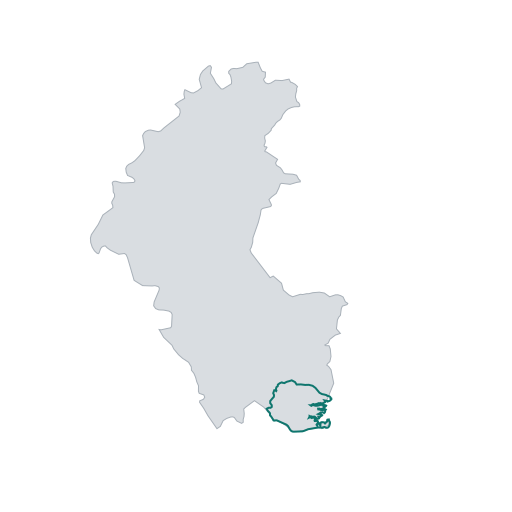 Boke highlighted on a map of Guinea, rotated 233°
{"feature_id": "GIN-5629", "entity_name": "Boke", "entity_type": "Prefecture", "adm_level": 1, "iso_a3": "GIN", "parent_name": "Guinea", "parent_adm1": "", "projection": "mercator", "projection_center": [-14.564, 11.071], "detail": "fine", "context": "in_parent", "style": "outline", "palette": "teal", "viewbox_px": 512, "rotation_deg": 233, "n_neighbors": 0, "source": "natural_earth", "source_scale": "10m", "svg_char_len": 7009}
<svg xmlns="http://www.w3.org/2000/svg" viewBox="0 0 512 512"><g transform="rotate(233 256 256)"><path d="M309.5,328.6L305.8,328.1L304.1,328.8L299.1,334.7L296.1,337.0L291.5,336.3L289.8,336.7L288.6,336.0L290.3,332.8L292.7,326.4L298.8,320.0L298.9,318.7L296.4,314.9L293.8,309.8L293.8,304.3L293.3,300.3L287.9,299.2L286.9,298.5L286.8,297.2L289.8,290.4L290.0,289.0L289.7,287.7L286.3,284.2L281.2,277.7L272.3,264.4L268.9,261.6L265.8,257.5L264.6,254.9L261.2,254.0L230.2,254.2L229.6,257.7L218.9,260.0L212.3,257.3L205.0,258.9L201.4,260.7L198.7,268.4L197.1,270.1L195.5,273.6L194.1,275.5L192.5,279.3L189.0,284.8L185.3,288.3L179.1,290.3L177.2,296.0L175.7,298.1L173.3,299.8L170.8,300.9L165.7,299.8L162.9,300.8L162.4,299.4L164.0,294.8L162.7,292.5L157.8,287.7L157.4,285.4L155.9,282.5L149.4,276.4L143.4,276.8L145.1,271.7L145.0,264.9L143.0,261.2L143.5,257.4L142.4,257.7L140.4,260.3L137.1,259.4L130.6,255.4L127.3,251.5L126.9,248.1L126.2,246.8L124.2,247.5L120.1,247.5L107.6,241.5L98.7,226.6L98.5,223.2L99.8,217.4L99.5,215.9L95.4,219.7L94.6,217.1L91.5,211.1L90.6,207.7L87.6,206.1L85.2,205.9L83.3,207.0L80.9,214.0L79.0,214.0L77.2,212.5L77.6,207.2L82.4,200.7L90.4,184.1L93.3,180.3L95.1,179.0L98.9,178.9L106.3,176.6L115.4,171.5L122.4,171.9L130.7,171.2L141.4,167.7L141.5,156.5L141.2,154.1L137.3,151.8L135.1,149.9L133.2,147.4L130.9,145.7L131.0,143.8L135.7,141.4L140.1,141.5L141.5,140.6L142.6,139.0L143.9,134.9L144.3,130.7L141.4,125.0L141.6,120.9L157.3,121.5L166.0,122.6L173.1,122.9L174.2,123.9L173.2,127.8L174.1,130.1L176.5,130.7L180.5,128.0L182.6,128.6L187.0,132.0L191.1,133.0L195.6,134.8L199.8,135.8L203.6,135.7L206.4,137.6L211.7,138.2L218.4,135.8L223.8,134.7L231.3,134.4L235.2,135.2L246.6,133.3L255.6,134.4L254.2,135.7L250.1,144.6L250.6,146.2L259.7,153.8L261.9,154.3L264.4,153.3L268.3,149.8L271.4,146.0L274.4,144.2L277.8,144.3L280.6,147.0L287.1,158.2L288.7,159.6L290.3,159.6L293.1,157.5L294.6,155.0L300.6,147.6L309.9,144.0L332.0,152.4L335.3,153.1L337.2,152.4L340.0,147.4L348.3,143.2L352.3,142.0L354.6,141.8L355.5,140.5L355.9,138.4L355.4,136.3L352.9,132.5L352.8,131.4L354.2,130.6L357.4,130.1L361.5,130.5L366.2,132.1L369.9,134.5L372.1,137.3L376.2,149.1L380.9,158.4L380.7,170.8L382.8,172.1L385.0,172.6L386.1,173.6L388.4,178.7L390.5,180.2L393.0,180.5L397.8,183.8L400.9,185.1L401.3,186.1L401.2,187.4L400.0,189.1L395.4,192.6L393.1,195.5L388.4,202.5L388.3,203.8L389.3,204.8L391.2,204.9L393.3,204.4L397.6,201.9L401.1,202.8L404.3,204.7L405.5,206.8L405.8,209.4L405.1,212.9L405.0,216.7L406.1,223.3L407.8,229.8L409.5,232.2L420.4,237.9L421.5,240.1L422.0,242.5L421.2,245.8L420.1,247.6L414.1,252.7L413.2,255.2L413.7,259.7L414.1,278.8L416.4,282.0L419.3,283.6L425.8,282.7L425.6,288.0L424.8,293.9L428.6,295.8L430.5,297.6L431.6,299.3L425.5,302.4L423.8,304.2L423.0,309.2L423.2,313.8L431.3,317.0L434.4,320.9L435.8,324.8L436.3,332.3L435.6,334.0L433.5,334.0L429.4,329.5L423.0,329.0L418.4,328.1L410.5,328.7L409.2,330.1L408.3,340.0L410.2,341.7L413.9,343.6L416.4,344.4L418.4,344.2L419.9,345.4L420.3,348.7L419.2,351.1L417.2,353.3L414.6,359.0L415.1,364.3L410.7,372.7L409.5,374.3L403.6,372.7L399.8,372.1L397.1,374.2L393.3,371.0L392.6,368.4L391.2,367.9L388.6,367.8L386.2,369.3L385.2,371.9L384.7,377.3L380.4,382.4L377.4,388.8L373.9,388.2L373.2,389.0L369.5,390.6L366.3,391.1L365.5,389.4L363.6,388.0L361.5,385.3L359.2,383.1L354.7,381.6L352.9,382.3L350.8,382.1L349.4,381.2L349.6,379.9L352.0,376.6L353.3,373.6L354.1,370.2L354.0,367.1L352.8,362.6L350.8,359.1L350.3,357.0L350.5,354.1L350.1,351.4L349.4,350.0L348.4,344.8L347.3,343.8L346.6,339.7L346.8,335.5L345.0,333.9L342.3,332.7L340.7,331.1L339.7,329.2L338.7,328.7L337.9,328.8L337.1,329.9L336.2,330.2L334.6,326.2L333.9,326.0L332.8,327.0L320.2,331.4L318.5,327.6L316.1,326.9L311.9,328.5L309.5,328.6Z" fill="#d9dde1" stroke="#a8b0b8" stroke-width="1"/><path d="M114.3,171.0L114.5,171.1L114.8,171.2L118.9,171.5L120.0,171.3L120.5,171.4L120.9,171.7L121.3,172.1L121.8,172.4L122.6,172.6L123.3,172.5L124.7,172.3L125.5,172.3L127.6,172.6L127.2,174.8L126.0,176.3L126.0,177.8L127.4,178.8L129.9,178.8L131.6,180.1L132.3,183.0L132.8,185.5L134.1,186.7L136.1,187.2L137.8,189.8L136.9,190.6L136.0,190.8L136.2,191.3L136.4,191.4L136.7,191.4L137.3,191.5L137.5,191.6L138.0,192.2L138.3,192.5L138.9,193.3L139.0,193.6L138.9,194.7L139.0,195.1L139.2,195.3L139.4,195.4L140.0,195.9L140.1,196.1L140.1,196.4L140.1,196.9L140.1,197.9L140.1,198.4L139.6,200.4L139.5,200.6L139.3,200.7L138.8,200.9L138.4,201.3L137.5,202.1L137.3,202.4L137.4,202.9L136.9,205.2L136.1,207.1L135.2,209.7L131.8,211.3L128.9,211.1L126.4,214.6L123.5,217.6L121.3,220.7L118.3,223.1L114.9,224.1L108.6,224.4L106.0,225.6L104.1,227.3L102.3,228.7L101.5,228.7L101.0,229.1L100.5,229.6L100.0,230.0L99.3,230.3L98.5,230.4L97.7,230.3L97.3,229.7L97.0,229.7L96.7,230.3L96.3,230.1L96.1,229.4L96.0,228.5L96.0,227.6L96.2,227.0L96.7,225.6L97.2,225.8L97.9,225.2L98.6,224.5L99.3,223.9L98.1,223.9L97.7,223.3L97.8,222.4L98.4,219.6L98.8,218.9L99.3,219.2L99.6,219.2L99.7,218.5L100.1,218.1L100.5,217.9L100.7,217.6L101.3,215.4L102.5,213.0L103.2,212.8L103.5,212.1L103.6,211.3L103.3,210.6L103.5,210.4L104.0,209.7L103.0,210.0L102.9,210.4L103.1,210.9L103.0,211.7L101.3,212.8L101.1,213.0L100.4,213.6L99.6,214.8L98.9,216.2L98.4,217.8L97.7,218.8L96.3,220.5L94.9,221.7L94.3,222.0L94.0,221.4L94.1,220.6L94.4,220.1L94.8,219.7L95.3,219.5L95.0,219.4L94.7,219.4L94.4,219.6L94.0,219.8L93.3,219.2L93.9,217.2L94.3,216.4L94.8,215.6L95.1,215.3L95.8,214.8L96.2,214.6L96.4,214.2L96.5,213.8L96.6,213.7L96.4,213.6L96.0,213.4L95.3,214.2L93.1,215.9L92.6,216.8L92.0,218.6L91.3,219.2L90.9,218.2L90.2,217.6L89.7,216.9L89.6,215.8L90.3,215.8L90.9,215.3L91.3,214.7L91.6,214.1L91.9,213.4L92.0,212.7L92.1,212.0L92.0,211.7L92.1,211.4L92.2,211.2L92.3,210.6L91.4,211.3L91.1,211.7L91.0,212.2L90.7,212.4L89.3,213.0L89.0,213.0L88.9,212.5L89.0,211.9L89.1,211.5L89.3,211.0L89.0,210.6L89.0,210.1L89.2,209.7L89.6,209.3L88.7,209.2L88.4,208.6L88.6,207.9L89.0,207.3L89.6,206.9L90.4,206.6L91.4,206.3L92.1,206.3L92.7,205.9L93.1,205.2L93.3,204.5L93.5,204.2L94.3,204.0L95.2,202.9L96.0,202.5L95.6,202.2L95.4,201.9L95.0,201.1L94.9,201.6L94.8,202.0L94.5,202.4L94.2,202.5L93.9,202.6L93.1,202.9L93.0,203.0L92.8,204.0L92.2,204.8L91.5,205.2L90.6,204.9L90.4,205.1L90.2,205.2L89.8,205.3L89.3,205.2L89.6,204.3L89.3,203.7L88.9,203.6L88.6,204.0L87.3,205.9L85.8,205.6L84.8,202.8L83.6,202.8L84.5,203.7L84.6,204.6L84.3,205.5L84.0,206.3L83.0,205.5L82.4,205.3L81.6,205.2L83.2,206.5L83.8,207.1L84.0,208.0L83.5,208.9L82.6,209.8L81.7,210.4L81.3,210.5L81.2,210.3L80.7,210.3L80.6,210.5L80.7,210.8L80.9,211.3L81.0,211.5L81.0,213.2L81.2,213.5L81.6,213.7L82.1,214.0L82.3,214.6L82.2,214.8L81.6,215.8L80.7,215.3L79.0,215.1L78.1,214.6L77.1,213.5L76.3,212.4L75.8,211.3L75.7,210.3L76.0,209.4L76.8,208.4L77.1,208.3L78.1,208.0L78.3,207.8L78.4,207.4L78.5,207.1L78.7,206.8L78.9,206.6L78.9,206.3L78.7,206.3L78.7,206.2L78.6,205.9L80.0,204.5L81.6,202.5L86.3,193.4L87.3,189.5L88.0,187.6L92.9,180.5L93.7,179.6L94.9,178.9L96.9,178.7L101.0,179.2L103.0,178.8L107.3,176.4L111.9,173.9L112.5,173.4L112.8,172.9L113.4,171.7L113.7,171.3L114.3,171.0Z" fill="none" stroke="#0f766e" stroke-width="2"/></g></svg>